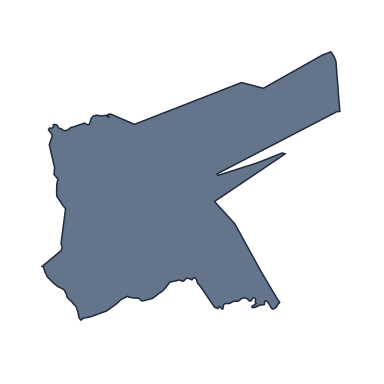 San Andrés Paxtlán, Oaxaca, Mexico, rotated 174°
{"feature_id": "50627088B89985884049438", "entity_name": "San Andrés Paxtlán", "entity_type": "district", "adm_level": 2, "iso_a3": "MEX", "parent_name": "Mexico", "parent_adm1": "Oaxaca", "projection": "albers", "projection_center": [-96.515, 16.212], "detail": "fine", "context": "isolated", "style": "filled", "palette": "slate", "viewbox_px": 384, "rotation_deg": 174, "n_neighbors": 0, "source": "geoboundaries", "source_scale": "gbopen_adm2", "svg_char_len": 3990}
<svg xmlns="http://www.w3.org/2000/svg" viewBox="0 0 384 384"><g transform="rotate(174 192 192)"><path d="M36.5,256.7L36.3,267.9L36.1,275.0L35.8,283.8L35.6,293.4L35.2,306.2L35.3,307.3L36.5,311.7L39.2,316.9L48.2,314.5L110.2,287.7L112.3,288.5L131.3,295.7L181.3,282.0L239.3,266.1L242.1,265.3L265.0,278.1L267.9,277.8L267.5,276.6L266.8,275.2L268.1,275.7L269.5,277.1L270.2,277.1L271.5,277.4L273.5,276.9L275.5,277.6L277.1,277.8L278.8,278.4L279.7,278.4L280.3,277.8L281.6,278.0L282.4,277.9L282.8,277.3L284.0,276.3L284.5,276.0L284.7,275.5L285.5,273.5L286.6,271.0L287.5,269.8L290.0,270.3L291.5,271.8L303.6,269.0L305.4,268.9L305.8,268.9L306.2,268.5L306.5,268.3L306.8,268.1L307.4,267.8L307.9,267.5L308.3,267.2L308.5,267.1L308.8,266.8L309.3,266.6L309.8,266.5L310.4,266.4L311.2,266.5L311.9,266.4L312.2,266.2L312.7,266.2L313.3,266.7L313.9,267.1L314.5,267.6L315.1,268.4L315.5,268.6L317.2,269.1L317.7,269.6L318.1,270.1L318.4,270.5L318.5,271.6L318.9,272.2L319.6,272.8L320.2,273.3L321.4,273.5L323.0,273.4L322.8,271.5L324.7,270.0L326.9,270.5L328.2,269.2L327.8,268.1L326.7,266.1L325.7,264.6L325.4,263.3L325.2,262.1L326.3,259.6L327.2,258.0L327.9,256.4L329.0,254.0L326.1,230.3L326.8,227.3L327.0,225.0L327.5,224.2L325.9,221.7L323.9,218.6L324.8,216.8L325.8,213.0L326.2,209.9L326.8,204.9L326.9,201.9L326.0,200.1L324.0,196.3L322.6,193.5L321.0,190.9L319.5,188.6L327.6,154.5L326.9,150.3L327.9,148.4L328.3,147.4L348.8,133.7L347.6,133.2L347.5,132.8L347.3,131.3L347.2,130.4L347.1,130.1L346.8,128.7L346.7,128.5L346.5,127.7L346.2,126.9L345.9,125.9L345.8,125.5L345.3,124.2L345.2,123.9L344.9,123.0L344.8,122.7L343.4,121.1L342.4,119.8L342.1,119.3L341.7,118.9L340.1,116.9L339.4,116.2L338.3,115.0L338.1,114.8L337.5,114.2L336.7,113.3L336.5,113.1L335.5,112.2L334.4,111.3L333.4,110.9L333.2,110.8L332.1,109.9L331.8,109.7L329.8,108.5L328.3,105.4L328.0,104.7L327.8,104.4L327.5,102.5L327.4,102.1L327.3,100.6L327.0,100.2L326.5,99.4L326.4,99.3L325.4,98.0L325.0,97.4L324.2,96.6L323.3,95.8L322.9,95.1L322.2,94.0L321.7,93.2L320.6,91.8L320.2,91.3L319.5,90.4L319.3,90.2L319.2,89.8L319.0,89.4L319.0,89.2L318.7,87.2L318.5,86.4L318.1,85.2L317.9,83.8L317.8,83.1L317.8,82.2L317.8,81.1L317.7,80.7L317.6,79.5L317.3,78.3L317.0,77.8L315.9,76.2L313.1,77.9L306.3,78.4L296.6,80.8L289.4,82.6L279.2,88.4L273.9,92.4L266.9,95.0L265.4,93.8L262.7,93.2L260.6,92.6L258.1,92.2L256.2,91.9L254.3,90.0L253.4,88.9L251.2,88.9L248.5,89.4L245.9,89.7L244.3,90.1L242.4,90.3L239.8,91.8L237.9,93.0L235.0,94.9L232.5,96.0L230.4,97.7L228.3,99.4L226.8,101.0L225.2,102.7L224.2,103.9L223.4,104.6L213.7,105.8L212.5,105.2L211.5,104.5L210.0,104.2L208.8,104.8L207.3,106.4L205.4,106.7L204.3,106.3L202.5,105.5L201.3,104.6L199.9,105.9L198.7,106.5L197.8,106.0L196.8,104.5L196.4,103.0L196.1,100.9L195.4,99.8L193.6,97.2L192.7,95.7L181.5,74.8L180.8,74.8L180.3,74.4L179.8,74.2L179.2,73.7L178.4,73.3L177.9,74.0L177.3,74.8L176.5,75.2L176.0,74.6L175.4,74.2L175.0,73.1L174.3,72.4L173.6,72.4L173.2,73.5L172.3,76.2L172.2,76.8L171.2,77.4L170.3,77.5L169.2,77.4L168.0,77.3L166.9,77.2L165.3,77.5L163.2,78.6L162.0,79.0L159.3,78.7L158.1,78.5L155.9,79.3L154.8,80.4L153.8,80.8L151.8,81.2L150.8,81.4L148.5,80.2L147.7,79.4L147.2,78.8L146.6,77.8L144.9,77.4L143.8,78.5L143.2,79.6L142.0,80.5L140.9,80.3L140.2,79.2L140.0,77.9L140.7,76.2L139.9,74.6L140.3,74.5L140.5,74.2L141.4,73.6L141.7,73.4L142.6,72.9L143.2,72.6L144.1,72.3L144.4,71.9L144.4,71.1L144.2,70.9L143.7,70.7L142.9,70.6L141.5,70.8L140.3,71.0L139.3,71.3L138.2,71.8L137.2,72.1L136.4,72.3L134.3,72.3L133.9,72.4L132.1,72.4L131.7,72.6L131.5,73.9L131.4,74.4L131.1,75.6L131.0,75.9L130.6,76.0L130.1,76.0L129.8,75.9L128.9,75.4L128.5,75.1L128.0,74.1L127.6,73.7L127.2,72.7L126.8,71.9L126.4,70.9L125.9,69.9L125.5,68.6L124.5,67.5L123.9,67.1L122.8,67.2L121.4,67.8L120.6,68.4L119.5,69.4L119.1,70.5L118.3,71.4L117.0,72.3L116.3,73.2L118.1,76.2L124.2,89.5L131.2,104.7L152.7,155.8L170.6,180.2L117.1,208.6L95.4,220.2L98.1,221.4L124.4,214.1L164.7,205.8L164.7,206.2L165.0,207.5L122.4,224.2L39.6,256.7L36.5,256.7Z" fill="#64748b" stroke="#1e293b" stroke-width="1.5"/></g></svg>